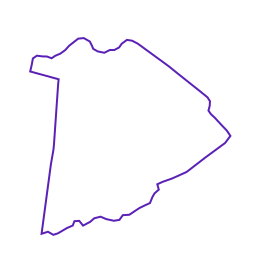 the district of Timbó, Santa Catarina, Brazil, rotated 262°
{"feature_id": "56859067B25557808963142", "entity_name": "Timbó", "entity_type": "district", "adm_level": 2, "iso_a3": "BRA", "parent_name": "Brazil", "parent_adm1": "Santa Catarina", "projection": "albers", "projection_center": [-49.268, -26.814], "detail": "fine", "context": "isolated", "style": "outline", "palette": "violet", "viewbox_px": 256, "rotation_deg": 262, "n_neighbors": 0, "source": "geoboundaries", "source_scale": "gbopen_adm2", "svg_char_len": 1070}
<svg xmlns="http://www.w3.org/2000/svg" viewBox="0 0 256 256"><g transform="rotate(262 128 128)"><path d="M41.9,117.2L44.9,123.4L47.2,128.3L49.2,134.5L50.6,139.3L56.3,142.6L59.6,145.2L62.7,149.9L68.2,149.2L69.9,154.9L71.8,164.4L76.3,179.9L82.1,190.1L87.8,200.1L97.3,217.7L99.6,222.0L105.9,228.3L111.7,225.5L117.4,221.4L122.1,218.1L126.2,215.3L130.1,212.1L134.0,210.1L138.6,212.0L143.1,212.9L147.3,211.0L156.2,202.7L160.8,198.3L174.4,185.4L178.8,181.3L183.1,177.3L210.1,149.5L213.9,144.2L215.4,139.2L212.4,133.6L209.0,130.4L207.1,125.2L207.8,121.0L205.8,115.0L208.1,108.6L211.2,104.6L215.0,103.6L219.0,102.2L223.2,96.7L223.4,91.1L220.7,86.4L217.6,81.1L213.9,76.7L211.1,71.4L209.6,65.9L207.7,62.1L210.1,57.6L210.8,53.2L212.3,47.8L210.1,43.5L203.8,41.4L197.6,39.0L185.9,66.1L181.9,65.1L166.4,61.8L122.0,52.4L116.7,51.1L102.8,46.6L35.3,27.7L36.4,34.3L32.6,39.2L33.4,43.8L35.1,48.0L37.4,53.5L39.1,59.7L43.2,62.0L42.8,66.8L37.6,69.9L40.4,77.6L43.3,82.0L44.0,88.5L40.8,93.8L38.1,101.1L38.2,106.7L42.4,110.7L41.9,117.2Z" fill="none" stroke="#5b21b6" stroke-width="2"/></g></svg>